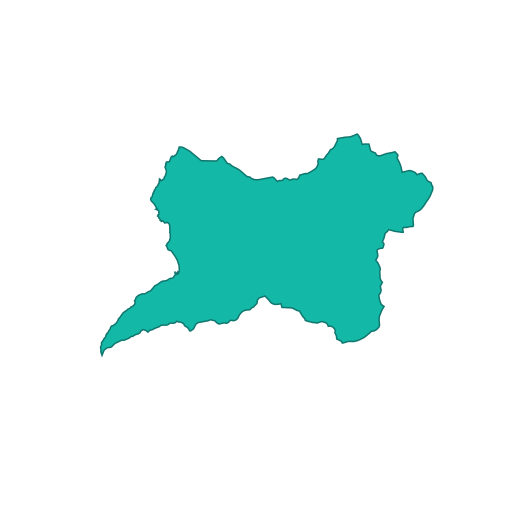 Dalvíkurbyggð, Norðurland eystra, Iceland, rotated 231°
{"feature_id": "244011B31014041409595", "entity_name": "Dalvíkurbyggð", "entity_type": "district", "adm_level": 2, "iso_a3": "ISL", "parent_name": "Iceland", "parent_adm1": "Norðurland eystra", "projection": "albers", "projection_center": [-18.585, 65.893], "detail": "fine", "context": "isolated", "style": "filled", "palette": "teal", "viewbox_px": 512, "rotation_deg": 231, "n_neighbors": 0, "source": "geoboundaries", "source_scale": "gbopen_adm2", "svg_char_len": 6130}
<svg xmlns="http://www.w3.org/2000/svg" viewBox="0 0 512 512"><g transform="rotate(231 256 256)"><path d="M198.5,436.9L200.5,437.2L202.9,438.2L206.6,436.5L211.0,437.4L215.8,437.2L216.7,435.7L217.6,433.5L217.8,432.3L220.5,432.3L223.3,431.0L225.7,429.3L229.1,422.3L234.5,425.0L238.1,426.2L243.6,427.4L244.6,429.3L245.4,429.9L249.5,429.6L251.0,426.4L253.4,422.0L255.8,415.4L257.3,413.8L258.5,413.2L260.9,413.6L265.0,411.4L266.7,411.8L271.9,414.2L274.5,411.1L275.9,408.8L281.6,411.1L285.7,411.6L287.2,411.3L288.0,408.1L289.0,405.0L289.6,403.7L292.3,399.9L296.0,393.2L294.3,391.7L291.5,385.4L291.2,383.7L291.3,382.0L291.8,380.9L290.3,376.7L290.1,374.9L288.6,369.6L289.3,368.5L292.1,365.7L291.3,364.4L290.3,363.3L288.7,362.6L287.2,360.1L286.4,357.5L286.6,354.7L286.9,351.9L287.7,347.6L288.8,346.6L289.5,345.3L291.3,340.9L290.2,338.9L289.8,337.6L289.7,336.3L289.9,335.7L291.2,334.8L292.7,332.9L293.5,330.2L297.5,328.4L298.3,327.2L298.5,325.9L298.1,323.9L299.7,322.1L300.3,320.6L300.4,319.5L305.5,319.2L306.9,318.6L313.3,306.7L314.4,305.0L316.7,302.4L317.8,302.2L318.8,301.3L321.2,300.9L322.0,300.3L322.5,299.5L324.1,298.9L333.0,297.3L335.9,296.3L339.0,294.8L341.8,293.8L343.7,293.6L346.2,292.0L352.7,292.5L354.9,292.1L355.2,288.7L354.6,285.2L364.5,273.4L379.0,270.5L385.9,267.8L387.7,266.5L389.0,264.9L387.3,262.6L387.2,262.1L385.5,259.0L385.0,257.5L385.1,256.3L385.3,255.9L385.1,255.2L385.1,254.7L385.6,253.9L386.3,253.8L386.5,253.2L386.1,251.9L383.9,248.2L383.9,247.7L385.3,245.9L385.2,245.0L384.4,243.8L384.0,244.0L383.6,243.5L383.4,243.3L383.5,243.1L382.8,242.3L382.5,241.3L378.7,240.0L377.7,239.2L375.9,236.9L375.0,235.0L375.0,234.3L374.3,233.7L374.0,232.9L373.9,232.0L374.0,231.2L373.9,230.2L374.4,229.5L375.0,229.7L374.9,229.5L375.0,229.0L375.4,228.7L376.0,228.9L376.1,229.3L376.4,229.3L373.5,226.3L373.4,225.4L373.0,224.7L372.2,222.6L372.2,221.1L371.1,219.4L371.2,218.4L370.3,217.7L370.3,217.1L369.9,216.3L369.6,216.2L369.6,215.5L367.4,212.6L367.4,211.4L367.1,210.6L366.2,209.8L365.0,209.3L359.9,209.6L355.9,208.9L355.4,208.5L355.4,208.2L355.0,208.8L354.5,208.5L354.6,208.1L355.9,207.3L354.5,208.0L354.3,208.5L352.4,208.7L349.7,207.1L349.5,206.2L349.6,205.5L348.7,205.3L348.6,205.1L348.7,204.7L347.5,204.9L346.4,204.4L345.1,204.7L344.4,204.4L344.3,204.0L343.3,204.4L342.5,204.1L342.2,204.8L342.2,205.5L341.9,205.7L339.0,205.9L339.1,206.4L338.3,207.1L338.2,207.9L337.9,208.3L335.2,208.7L332.4,207.0L331.9,206.5L329.5,204.8L328.7,203.9L326.4,202.8L325.8,202.0L324.3,201.3L323.2,199.4L322.4,198.6L322.1,197.8L321.9,196.3L321.5,195.5L321.7,194.8L321.0,194.2L320.8,193.7L320.8,192.8L318.4,192.4L316.9,191.7L315.8,191.8L313.3,193.4L306.2,192.9L302.0,192.1L297.0,190.2L293.4,187.6L292.4,186.5L292.9,183.8L292.3,185.7L291.7,185.6L291.4,184.9L292.0,184.9L291.2,184.4L291.5,183.0L293.3,183.5L292.9,183.2L292.9,182.2L293.0,182.2L293.9,182.4L294.9,183.5L294.0,182.3L292.1,181.8L291.9,179.8L291.4,178.8L291.3,177.9L291.4,176.9L292.5,175.4L292.9,173.5L293.0,171.9L293.1,171.4L293.8,169.7L295.1,167.9L295.6,166.3L295.8,164.2L295.8,161.8L296.5,158.8L296.3,157.1L295.8,155.4L295.7,154.2L295.3,153.1L295.5,151.2L296.0,149.9L296.4,146.5L296.8,145.5L298.4,143.4L298.9,141.7L298.9,141.1L299.4,140.2L299.3,137.2L298.9,136.1L298.0,134.8L297.7,133.4L296.3,133.1L294.7,131.3L294.7,129.4L294.5,128.3L294.7,127.8L294.8,126.9L295.1,126.6L294.7,125.5L295.1,123.3L295.3,123.0L295.1,121.3L295.4,119.2L295.4,116.7L293.9,111.5L293.7,109.7L292.5,107.5L291.7,104.7L291.8,101.4L292.5,99.7L292.0,98.0L291.0,96.6L290.6,94.9L289.4,92.1L289.3,91.8L289.6,91.6L289.6,91.2L288.6,89.2L287.8,88.4L287.3,85.5L286.8,85.0L286.0,81.7L285.6,81.1L284.3,80.3L282.9,77.7L280.1,76.1L279.2,75.1L275.7,73.8L278.3,78.5L278.5,79.3L278.3,82.3L278.1,83.1L276.5,85.6L276.3,86.6L276.7,89.8L276.7,91.8L275.1,98.5L274.5,99.5L273.6,100.3L272.2,105.1L272.0,106.7L272.1,108.2L271.1,109.6L270.9,112.0L270.0,114.7L269.6,115.3L269.4,117.2L269.4,117.7L270.1,119.1L270.0,121.3L269.7,122.0L267.6,123.5L264.8,124.1L265.2,126.2L263.9,129.3L263.4,132.1L262.0,136.1L261.9,138.6L260.6,140.6L259.0,142.4L258.1,144.0L257.8,147.2L255.8,149.4L255.1,150.8L255.0,151.8L255.2,152.9L254.7,153.8L253.7,154.0L251.8,156.0L250.5,156.6L248.4,157.1L246.8,156.6L243.5,157.8L239.2,157.5L238.9,158.4L238.7,161.0L238.8,161.8L240.8,166.2L240.7,169.0L235.8,178.1L235.1,180.5L231.6,183.2L228.4,183.6L226.4,184.4L224.2,189.0L222.3,190.8L221.9,191.7L221.8,192.8L222.1,195.5L221.9,196.0L219.9,197.8L219.0,199.6L219.0,202.5L220.5,205.6L221.2,208.4L221.3,209.5L221.3,211.2L220.7,213.2L219.9,214.8L218.2,217.2L218.1,217.8L218.4,219.5L218.3,220.4L218.1,221.1L217.9,222.2L218.3,224.4L218.5,226.6L218.9,227.4L220.6,229.0L220.9,229.7L221.4,231.9L220.9,233.6L219.2,237.8L213.9,238.3L210.3,238.2L208.3,239.0L206.6,240.1L205.6,241.4L204.3,243.2L203.3,245.4L199.7,243.8L193.4,250.9L191.7,252.0L188.0,253.5L185.8,255.1L180.0,254.3L176.2,254.4L175.1,253.8L173.3,254.7L168.3,258.5L166.5,260.6L165.5,261.1L163.7,265.9L160.2,268.3L157.9,268.6L155.9,267.9L155.2,269.1L154.4,269.9L152.5,271.0L149.5,271.2L147.7,270.3L146.8,269.1L143.3,268.2L140.7,266.5L136.1,268.7L134.0,268.3L133.4,269.4L131.9,273.2L131.3,274.3L128.2,277.9L126.5,281.2L125.6,284.3L124.6,288.8L124.6,292.7L124.7,294.6L124.5,295.5L125.0,297.9L123.7,300.2L123.3,301.2L123.0,303.2L123.1,305.0L123.5,307.0L124.5,308.5L129.1,311.6L131.4,313.8L134.7,319.7L136.2,323.8L138.6,323.1L140.0,323.0L143.6,324.2L145.8,325.3L148.5,327.0L148.6,328.0L148.8,328.9L149.6,330.4L150.1,331.0L150.8,331.8L153.7,333.3L154.4,333.9L156.0,337.7L158.0,337.6L160.6,338.4L166.4,342.7L167.3,344.2L169.3,345.2L173.9,346.4L177.5,346.4L177.9,348.1L179.2,350.5L180.8,351.7L183.6,353.1L184.2,353.7L184.5,354.7L184.4,355.6L183.5,357.8L182.5,359.1L182.5,359.6L183.0,360.7L184.7,363.0L187.6,363.3L188.9,366.0L192.2,370.5L192.4,371.5L192.4,373.6L193.0,375.7L187.7,379.5L182.0,384.9L181.8,385.4L184.6,386.9L185.4,388.1L185.2,388.8L183.5,390.9L182.0,394.0L180.2,396.5L180.3,397.2L180.7,397.6L186.3,401.5L188.6,404.9L189.4,406.6L189.5,407.4L188.6,411.4L188.5,412.7L188.6,414.1L189.3,417.6L190.9,422.5L191.8,425.7L193.0,429.0L195.9,434.4L196.8,435.5L198.5,436.9Z" fill="#14b8a6" stroke="#0f766e" stroke-width="1.5"/></g></svg>